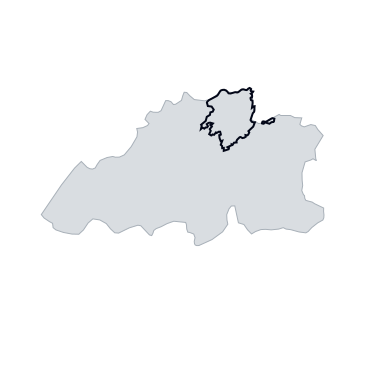 Limburg on a map of Belgium (Robinson projection), rotated 330°
{"feature_id": "BEL-3", "entity_name": "Limburg", "entity_type": "Province", "adm_level": 1, "iso_a3": "BEL", "parent_name": "Belgium", "parent_adm1": "", "projection": "robinson", "projection_center": [5.471, 50.993], "detail": "fine", "context": "in_parent", "style": "outline", "palette": "ink", "viewbox_px": 384, "rotation_deg": 330, "n_neighbors": 0, "source": "natural_earth", "source_scale": "10m", "svg_char_len": 3920}
<svg xmlns="http://www.w3.org/2000/svg" viewBox="0 0 384 384"><g transform="rotate(330 192 192)"><path d="M175.9,109.4L181.6,111.7L186.7,112.2L189.0,111.2L187.6,105.6L191.7,102.6L196.3,101.2L198.4,103.6L202.6,106.1L205.9,106.1L214.9,99.7L217.0,100.9L218.9,103.2L219.3,105.1L219.7,107.0L221.7,107.8L228.7,107.4L232.3,103.9L235.1,101.7L237.2,103.2L238.2,107.5L240.2,113.1L248.6,119.4L255.7,121.1L264.5,119.9L267.9,118.8L270.3,119.7L272.6,123.0L277.7,126.8L288.2,129.5L291.5,131.0L293.8,133.6L293.1,137.2L288.1,146.3L287.4,149.0L288.1,149.9L287.1,151.5L280.5,157.6L279.9,159.8L282.1,163.2L284.0,166.1L287.9,167.5L291.6,168.0L298.7,168.2L306.2,168.4L307.1,170.1L315.5,175.0L318.1,178.9L324.1,182.7L319.2,187.4L319.9,189.5L321.7,191.7L328.6,193.0L332.0,196.1L332.2,200.9L333.8,208.7L319.8,216.4L315.8,225.1L315.5,226.8L315.0,226.5L313.4,223.7L310.9,223.7L305.0,222.5L296.9,230.3L293.3,236.8L291.1,241.7L287.8,245.6L287.2,249.8L287.6,251.5L286.5,253.8L286.4,256.2L291.1,260.9L292.3,263.4L298.0,271.7L296.2,274.7L294.8,277.9L293.2,280.3L291.3,281.7L285.4,281.6L277.9,282.7L272.8,284.3L270.2,284.3L264.8,280.2L258.7,274.0L254.9,271.1L253.2,268.5L248.4,267.4L241.7,264.4L237.0,261.1L232.9,259.0L227.3,258.0L222.6,258.1L221.2,252.5L220.7,246.1L216.8,241.9L222.1,225.4L219.0,223.8L215.6,225.1L210.7,229.0L208.3,233.7L206.9,237.8L198.6,241.8L185.5,243.2L171.2,241.8L169.2,240.7L168.3,239.5L168.3,238.0L169.3,235.8L171.8,233.1L172.5,229.3L169.9,226.0L168.3,224.7L168.9,221.5L170.9,217.4L171.3,215.2L161.6,208.2L154.6,206.9L147.8,206.6L142.7,205.8L139.7,206.2L137.5,208.2L135.3,209.6L133.7,207.9L130.8,195.6L128.5,193.7L119.8,191.7L107.9,190.9L104.7,188.7L103.0,183.2L102.0,176.5L98.2,170.1L96.2,168.5L92.7,165.7L86.5,166.9L79.0,170.6L74.5,171.6L72.9,172.0L67.0,168.4L60.4,162.7L55.2,156.8L53.9,153.4L55.6,149.4L53.7,146.3L50.9,140.6L50.2,136.2L82.5,120.6L102.2,112.6L111.4,110.2L113.5,118.2L115.2,120.8L117.3,122.4L120.2,122.8L123.6,120.8L128.2,118.7L135.7,119.7L141.1,121.6L143.1,123.6L146.6,125.5L151.9,126.0L162.1,122.3L171.9,116.7L174.8,112.9L175.9,109.4Z" fill="#d9dde1" stroke="#a8b0b8" stroke-width="1"/><path d="M273.4,125.1L274.7,126.0L278.9,127.0L279.9,127.5L280.6,128.2L281.4,128.6L282.6,128.6L285.7,128.1L286.7,128.2L287.9,128.8L289.4,130.4L290.4,131.1L292.6,130.6L293.9,130.7L294.6,131.9L294.7,132.4L293.7,133.2L293.5,134.2L295.2,135.6L294.5,136.0L293.7,136.2L292.9,136.3L292.1,136.3L292.3,136.9L292.4,137.2L292.6,137.6L292.1,138.9L291.7,139.5L291.1,140.1L290.3,139.6L289.7,139.8L289.3,140.7L289.1,142.0L290.1,143.1L289.0,145.3L286.1,149.0L287.7,148.7L288.4,148.7L289.1,149.0L288.3,150.1L287.0,152.3L286.1,153.4L285.7,153.7L284.9,153.9L284.0,154.2L278.7,158.9L278.8,161.0L280.0,162.4L281.3,163.1L277.7,166.0L271.3,167.5L271.4,169.0L269.4,170.4L268.2,170.6L266.8,169.4L266.2,171.0L264.5,171.1L262.6,170.5L261.6,168.7L260.6,168.4L257.2,169.3L255.8,170.3L255.4,171.4L253.0,170.3L250.7,171.5L250.1,170.5L249.6,171.3L245.2,170.9L246.0,172.4L245.1,173.3L240.1,172.2L241.6,169.7L240.1,169.1L241.1,167.2L240.5,165.5L243.9,162.7L242.3,162.3L242.8,159.1L244.0,156.4L245.5,156.8L245.8,156.5L246.5,153.9L245.4,153.2L242.8,153.2L242.5,152.4L239.7,153.5L238.5,152.4L237.2,152.8L236.8,152.5L235.8,150.5L238.8,148.4L238.8,146.4L241.9,145.3L241.4,143.1L242.2,142.9L242.6,143.7L244.4,143.1L242.4,141.0L240.8,140.4L238.7,140.6L238.7,143.0L237.4,143.6L235.9,142.9L234.4,143.3L233.2,141.5L231.3,141.9L233.5,139.5L233.5,138.3L239.4,137.3L242.4,134.3L246.1,134.2L247.7,132.2L250.1,132.8L252.0,131.5L251.7,127.8L248.7,125.5L249.6,122.0L250.4,121.4L252.7,120.9L261.5,121.2L263.0,120.8L266.1,119.1L267.5,118.5L269.1,118.7L270.9,119.5L272.2,120.9L272.8,122.7L273.0,124.8L273.4,125.1ZM288.3,166.3L289.1,166.5L290.6,167.8L291.3,168.2L297.7,168.1L298.6,168.3L300.0,169.7L298.3,171.8L297.6,172.1L295.8,171.3L293.2,171.6L290.1,168.3L288.2,168.7L287.0,167.8L286.9,167.6L287.7,166.7L288.3,166.3Z" fill="none" stroke="#020617" stroke-width="2"/></g></svg>